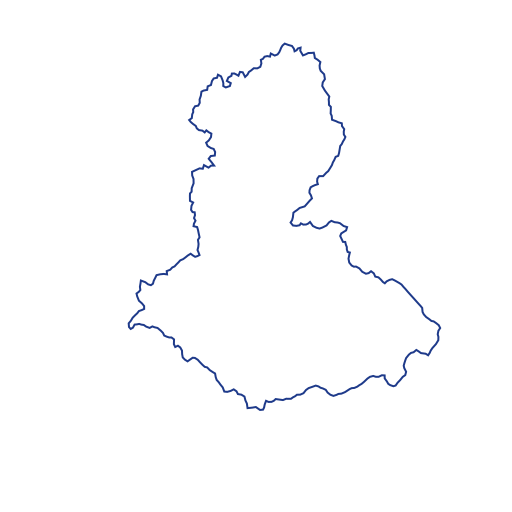 the district of Ibiúna, São Paulo, Brazil, rotated 153°
{"feature_id": "56859067B99377523473058", "entity_name": "Ibiúna", "entity_type": "district", "adm_level": 2, "iso_a3": "BRA", "parent_name": "Brazil", "parent_adm1": "São Paulo", "projection": "robinson", "projection_center": [-47.22, -23.81], "detail": "fine", "context": "isolated", "style": "outline", "palette": "blue", "viewbox_px": 512, "rotation_deg": 153, "n_neighbors": 0, "source": "geoboundaries", "source_scale": "gbopen_adm2", "svg_char_len": 5444}
<svg xmlns="http://www.w3.org/2000/svg" viewBox="0 0 512 512"><g transform="rotate(153 256 256)"><path d="M177.1,82.1L174.8,84.7L174.8,88.8L174.2,91.2L172.5,93.1L170.5,95.1L168.6,96.9L164.6,98.7L161.9,99.3L159.3,98.7L155.8,99.5L154.4,97.2L153.1,94.6L149.2,91.9L147.7,89.4L145.1,90.9L143.3,92.4L140.6,93.9L135.7,95.8L131.8,98.2L130.2,101.1L129.6,103.8L127.4,106.6L124.6,108.2L124.6,111.4L125.9,114.3L127.4,117.1L129.2,118.5L130.3,121.0L132.1,124.4L133.0,127.8L133.0,130.5L131.5,134.3L132.0,136.6L133.0,140.2L135.9,151.1L137.0,155.2L137.9,159.0L138.6,161.4L139.3,164.5L140.5,166.7L142.2,169.3L143.6,171.4L145.2,173.5L147.9,174.1L151.1,174.1L153.6,173.2L154.7,175.2L155.5,178.4L156.6,181.4L159.1,183.5L158.9,187.0L160.4,190.2L163.4,189.6L166.1,190.3L168.5,193.7L169.5,198.0L171.6,201.1L173.7,202.1L175.1,204.1L175.9,207.8L174.8,211.6L172.7,214.3L170.8,216.5L172.5,218.0L172.1,220.6L171.0,222.8L170.8,225.2L170.1,228.0L172.1,229.1L171.9,235.6L169.8,237.4L166.7,237.7L164.1,237.9L161.7,240.4L164.3,242.9L166.3,247.1L168.0,248.7L170.6,250.4L172.9,253.1L175.7,252.8L179.3,251.2L183.9,251.2L186.9,251.6L189.3,253.7L191.7,256.9L192.4,261.8L194.8,261.2L197.0,261.3L199.6,262.5L201.2,264.7L203.2,263.6L206.3,264.5L209.2,266.4L210.0,270.1L207.6,271.5L205.6,273.7L203.0,277.6L200.9,278.0L198.5,278.3L195.3,279.0L190.1,278.1L187.0,279.3L182.8,281.0L180.0,281.9L179.5,285.1L179.7,288.1L178.4,290.3L176.1,292.4L173.9,292.5L171.4,292.4L168.3,291.9L167.8,294.5L166.2,297.1L163.5,298.5L159.9,296.7L155.5,298.3L153.2,298.8L150.0,300.7L147.1,302.5L145.0,304.5L142.8,305.9L140.0,308.2L137.3,307.9L135.3,310.0L132.7,313.5L131.0,315.8L128.9,316.7L126.3,318.7L124.5,319.7L122.3,321.5L122.6,324.3L121.4,326.9L119.8,329.0L120.4,332.7L119.3,335.3L121.9,337.7L123.5,339.8L126.4,342.9L124.9,346.5L124.8,349.1L123.3,351.7L121.6,354.9L122.4,357.5L121.2,359.9L120.1,362.6L118.3,364.8L119.0,369.0L119.5,372.1L119.8,377.4L117.7,380.4L114.3,382.3L112.8,387.0L114.3,391.6L114.0,394.1L112.9,396.8L110.6,399.6L112.0,402.9L113.7,405.7L112.9,408.0L112.2,410.9L114.3,411.7L117.2,413.1L120.1,413.1L123.1,413.4L123.4,418.8L121.7,421.4L124.5,421.9L126.4,420.9L128.7,420.9L128.1,423.5L128.6,426.8L131.3,429.3L134.0,432.2L136.8,431.5L139.1,430.1L140.9,428.5L142.8,427.0L145.3,425.8L148.3,426.1L150.9,429.7L153.0,427.3L155.2,429.0L157.9,429.7L160.4,428.5L162.6,428.6L163.8,425.1L166.3,422.6L169.6,422.6L172.8,424.3L176.3,423.5L178.8,423.2L181.2,421.5L184.4,420.5L184.4,425.7L186.7,427.3L189.8,424.6L191.0,426.5L192.5,428.5L194.7,429.5L196.1,427.7L199.6,427.6L202.5,425.2L200.0,421.5L202.1,419.3L206.4,419.9L208.0,422.3L206.6,424.9L206.0,427.6L205.6,431.9L207.6,434.8L209.8,432.5L213.1,433.4L215.8,431.9L218.5,428.8L222.0,429.1L224.1,426.2L227.6,427.2L230.0,427.2L232.4,423.8L235.2,421.1L236.6,418.0L239.2,416.2L242.3,417.1L245.5,415.2L246.6,412.7L248.5,411.2L250.6,408.0L253.8,407.5L253.3,405.0L252.2,402.3L250.6,399.2L250.8,396.6L249.7,394.1L246.8,392.0L245.6,389.4L243.2,390.5L242.0,387.9L240.2,385.3L242.1,382.4L245.6,380.4L249.0,379.6L249.2,376.0L247.2,372.7L245.1,370.6L245.2,367.2L247.1,364.2L250.9,365.6L254.0,364.1L253.0,359.6L252.3,355.6L255.0,356.9L258.2,356.3L261.1,360.6L263.8,357.9L266.5,359.7L271.7,359.9L274.8,360.0L276.3,356.7L276.7,353.0L278.6,349.1L282.5,345.6L284.2,342.5L286.4,341.7L287.6,339.6L289.8,335.1L287.7,332.2L290.7,330.0L292.9,326.6L292.6,323.9L290.8,322.8L291.8,320.1L294.0,317.9L293.9,314.9L296.6,313.0L298.1,310.9L295.3,308.5L295.9,305.4L296.9,301.8L297.8,298.3L300.4,296.7L301.7,292.8L303.3,290.3L305.4,287.9L305.6,285.2L305.9,282.5L308.2,282.5L310.6,282.9L312.0,285.2L313.2,287.7L316.6,287.4L319.4,286.8L322.3,286.3L325.5,286.5L328.1,285.5L330.6,284.7L333.3,283.7L335.8,283.8L338.7,282.7L342.4,283.1L343.6,280.0L346.3,281.9L349.7,283.2L353.3,284.1L355.8,282.2L358.3,280.4L360.4,278.1L362.9,277.7L365.0,279.7L366.5,282.9L369.7,286.4L371.3,284.1L373.4,281.3L374.5,278.2L376.6,277.3L379.5,276.8L380.2,273.9L380.6,269.3L379.1,265.5L378.4,262.2L379.7,259.6L382.4,259.7L385.3,260.1L387.8,258.9L390.6,258.1L393.9,257.0L396.9,255.1L400.0,253.8L401.4,250.4L400.8,247.9L398.2,248.0L395.3,250.0L393.3,249.2L390.9,248.5L389.3,246.9L387.3,245.5L385.9,242.9L383.4,240.2L380.3,240.3L378.8,238.6L376.4,236.6L374.7,232.6L373.8,229.7L373.9,226.8L372.2,224.7L370.3,222.8L368.3,221.8L366.9,218.9L369.2,214.7L369.3,211.6L366.3,211.5L365.0,208.9L364.9,205.3L366.4,202.0L367.3,198.9L366.4,195.9L364.8,193.2L361.5,193.7L358.6,194.1L356.7,192.9L355.0,190.0L354.2,187.0L353.1,183.4L352.0,180.5L350.1,178.9L349.0,175.3L347.3,172.3L345.8,169.9L346.9,166.3L347.3,163.4L346.5,160.5L346.1,157.7L345.3,154.0L345.8,149.6L343.3,148.0L339.8,147.3L336.4,147.3L334.8,144.3L334.8,141.2L332.0,139.1L330.1,136.0L331.0,132.1L331.1,128.7L332.6,124.3L328.2,122.6L324.7,121.5L322.3,117.0L319.5,115.9L317.6,117.3L315.6,119.8L312.8,122.4L311.1,120.3L308.4,119.0L305.9,118.9L303.4,119.6L300.4,117.5L297.4,115.4L293.9,115.1L291.5,113.8L289.6,112.9L287.2,113.3L284.8,113.3L282.5,113.8L279.6,112.4L276.0,112.2L272.3,113.9L269.1,114.4L265.5,113.9L261.6,113.4L259.5,111.4L258.3,109.3L256.6,107.7L254.6,105.1L254.2,101.8L252.7,98.6L250.5,96.2L247.3,95.7L245.2,95.7L242.4,94.6L238.5,94.3L232.8,94.9L230.7,94.8L228.3,93.8L225.0,93.6L222.6,94.0L220.1,94.1L217.0,94.8L212.3,96.2L209.3,96.6L206.0,95.9L204.1,94.0L201.6,92.7L198.0,92.6L195.6,91.2L196.9,88.5L196.3,84.7L196.2,82.1L195.1,80.1L192.7,77.6L190.4,77.2L187.4,78.8L183.9,80.0L180.1,81.7L177.1,82.1Z" fill="none" stroke="#1e3a8a" stroke-width="2"/></g></svg>